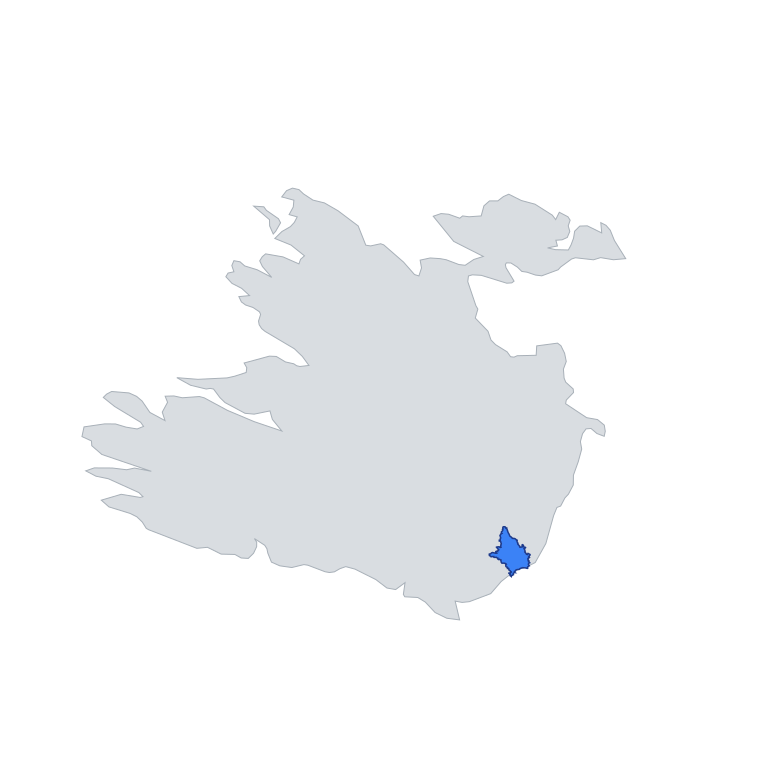 Arklow Lea-6, Wicklow, Ireland (highlighted), rotated 34°
{"feature_id": "5873133B66309830606527", "entity_name": "Arklow Lea-6", "entity_type": "district", "adm_level": 2, "iso_a3": "IRL", "parent_name": "Ireland", "parent_adm1": "Wicklow", "projection": "natural_earth1", "projection_center": [-6.256, 52.881], "detail": "fine", "context": "in_parent", "style": "filled", "palette": "blue", "viewbox_px": 768, "rotation_deg": 34, "n_neighbors": 0, "source": "geoboundaries", "source_scale": "gbopen_adm2", "svg_char_len": 9029}
<svg xmlns="http://www.w3.org/2000/svg" viewBox="0 0 768 768"><g transform="rotate(34 384 384)"><path d="M488.2,163.9L472.1,172.3L469.6,175.5L465.0,188.3L464.5,191.9L454.3,206.1L448.6,209.0L440.1,211.3L435.3,213.6L429.2,212.5L421.5,212.7L417.7,215.2L417.9,217.2L420.1,219.4L434.3,226.0L433.4,228.7L429.4,231.8L403.9,239.5L396.2,244.1L393.6,247.2L396.2,252.3L416.4,267.7L419.9,269.4L422.8,278.3L440.7,282.1L448.1,287.7L454.4,289.0L468.1,288.5L473.7,290.6L476.8,289.0L478.6,286.1L494.1,275.1L489.3,267.0L505.0,253.1L509.2,253.3L516.5,257.5L522.5,263.4L524.4,271.3L530.0,278.4L533.7,280.9L543.6,282.3L545.9,285.1L544.1,295.4L545.6,298.8L570.8,298.6L580.9,294.1L589.6,294.9L593.9,299.5L595.8,304.2L588.3,306.0L580.5,305.1L576.6,308.2L576.4,314.2L579.0,321.9L584.3,327.4L588.5,339.8L592.0,353.6L597.4,361.9L598.5,372.2L597.7,377.3L598.7,386.4L596.4,389.6L598.2,398.2L607.4,425.8L609.2,447.4L604.7,455.6L598.6,463.2L594.7,472.4L591.6,482.2L589.7,498.1L576.5,516.7L570.9,521.4L564.4,524.2L578.6,537.3L567.0,543.1L554.2,544.9L540.2,541.7L531.4,542.1L520.2,548.8L517.7,547.6L512.5,536.9L508.6,547.9L500.5,551.5L486.6,550.7L463.4,553.7L454.4,556.8L450.7,561.8L447.9,567.5L444.2,570.8L440.1,572.6L422.2,576.8L418.6,578.5L410.2,587.7L399.3,593.0L390.3,594.6L382.3,589.2L379.0,586.0L375.3,584.4L363.0,584.6L366.9,586.3L369.4,590.1L370.5,597.3L369.0,604.5L362.9,608.1L355.7,608.7L344.1,616.1L329.0,618.1L320.7,624.9L270.5,636.4L267.6,636.6L260.8,633.6L253.3,632.3L245.8,633.3L224.7,639.7L214.6,638.4L227.8,622.4L245.3,614.4L247.2,612.2L241.5,611.1L208.4,616.7L196.8,621.5L185.3,622.8L190.7,615.6L205.7,605.6L218.6,599.0L224.2,593.2L239.9,586.5L189.5,600.2L176.3,598.6L173.3,594.8L163.0,596.5L159.3,587.3L174.7,573.3L183.7,567.3L194.3,564.0L204.5,559.3L208.4,553.6L203.6,551.8L173.3,553.3L158.8,552.1L159.7,547.5L162.4,542.5L177.6,534.0L185.8,532.6L193.0,533.4L205.8,538.5L222.9,536.8L215.9,531.3L214.8,520.2L209.4,516.5L216.5,511.4L224.5,508.2L238.0,497.6L242.7,496.0L269.0,493.4L297.4,487.8L325.6,480.1L311.3,475.8L304.5,470.1L293.2,481.6L285.2,486.0L262.6,488.3L255.5,487.0L245.5,483.5L242.4,484.8L239.4,487.6L224.4,493.2L208.7,494.6L227.1,484.2L250.5,466.7L255.8,461.1L263.3,451.5L261.1,447.2L256.3,444.8L273.4,425.0L279.3,421.4L290.0,420.8L297.9,417.7L301.4,417.7L304.5,416.5L311.4,410.6L300.9,406.8L290.0,404.9L256.1,406.9L251.6,406.5L247.4,404.7L244.8,402.0L242.8,395.3L240.4,393.8L232.7,393.8L225.1,395.9L219.9,395.7L214.8,392.7L223.1,385.9L212.5,384.3L201.8,385.6L192.9,383.5L192.7,379.2L196.8,374.9L191.6,370.9L190.6,365.7L196.3,363.2L202.5,364.0L215.1,360.2L231.3,358.4L217.5,354.6L212.1,351.4L211.9,346.5L213.1,342.3L229.2,335.1L246.3,332.0L245.1,327.3L246.4,322.2L229.2,320.8L212.1,324.4L214.1,314.7L218.4,305.9L219.3,300.2L218.6,294.0L210.6,296.6L209.8,288.0L206.5,282.0L194.6,286.1L195.1,278.2L198.6,272.8L204.8,270.4L210.9,271.4L222.2,271.3L233.3,267.2L249.0,266.1L274.2,267.4L291.3,279.1L295.7,277.0L302.8,269.6L306.0,268.8L332.0,272.0L348.1,276.2L352.5,274.9L350.2,266.8L344.7,261.1L351.8,253.7L360.4,248.7L366.1,246.2L379.2,243.1L384.9,240.2L388.8,230.6L395.0,222.7L362.1,226.8L331.0,217.4L336.0,210.8L342.7,207.1L354.1,204.2L355.2,200.7L361.0,197.8L370.6,190.3L367.2,180.4L369.1,173.2L376.0,168.5L378.2,161.8L381.3,156.9L395.2,155.1L408.6,150.5L429.1,149.9L434.4,151.7L433.3,143.6L443.0,142.5L446.7,144.1L448.3,149.9L452.7,153.6L454.0,160.0L451.0,164.9L446.1,168.7L450.6,172.6L443.5,179.7L451.1,176.7L461.9,169.8L461.3,164.1L459.6,157.1L456.6,150.7L458.0,143.6L464.1,139.2L480.0,137.0L473.5,129.0L479.3,128.3L485.6,130.0L494.8,136.2L514.3,144.9L504.7,152.7L492.9,158.1L488.2,163.9ZM208.8,317.9L208.3,321.6L200.8,316.9L197.2,311.8L176.5,309.4L185.3,304.3L189.4,305.8L204.1,306.0L208.1,308.2L208.8,317.9Z" fill="#d9dde1" stroke="#a8b0b8" stroke-width="1"/><path d="M566.2,434.8L565.8,435.4L565.2,435.3L564.9,434.9L564.6,434.7L564.4,434.7L563.4,435.1L562.7,435.7L562.7,435.8L562.7,436.3L563.0,437.0L563.7,437.5L563.5,438.0L563.5,438.3L563.9,438.5L564.2,438.8L564.3,439.1L564.3,439.7L564.3,440.0L564.0,440.7L564.0,440.9L564.1,441.2L564.7,441.8L565.3,441.9L565.0,442.3L565.0,442.6L564.8,442.7L564.8,442.9L564.7,443.0L564.9,443.9L564.8,444.0L564.8,444.6L564.9,444.8L565.0,444.8L565.2,445.0L565.5,445.2L565.7,445.5L566.0,445.7L566.5,446.0L566.6,446.3L566.9,446.5L566.8,446.8L566.8,447.0L567.0,447.3L567.2,447.6L567.3,448.0L567.5,448.2L567.7,448.6L567.4,448.8L567.5,449.0L567.4,449.3L567.1,449.3L567.3,449.7L567.9,449.5L568.0,449.4L568.3,449.2L568.4,449.3L568.8,449.4L569.1,449.6L569.3,449.7L569.5,450.1L569.9,450.4L570.4,450.6L570.5,450.8L570.5,451.0L570.9,451.7L570.8,451.9L570.9,452.0L571.1,452.4L571.1,452.6L571.3,452.8L571.5,453.0L571.5,453.4L571.5,453.5L571.5,453.8L572.2,454.0L571.9,454.4L571.4,454.6L571.1,454.6L570.5,454.6L570.1,454.8L569.7,455.2L569.6,455.3L569.3,455.5L568.9,455.9L568.7,456.0L568.5,456.4L569.1,456.6L570.0,456.8L570.6,457.1L571.3,457.0L571.9,457.3L571.9,457.5L571.8,457.8L571.5,458.8L571.5,459.0L571.8,459.3L570.7,459.7L570.6,459.9L570.5,460.1L570.4,460.5L570.5,460.7L571.1,461.0L572.0,461.2L571.9,461.3L571.8,461.5L570.7,462.1L570.4,462.1L569.7,462.5L569.1,462.6L568.5,463.0L568.2,463.0L567.6,463.8L567.4,464.8L567.0,465.7L566.4,466.0L566.5,466.4L566.7,466.6L567.1,466.9L567.2,467.2L567.3,467.3L567.6,467.3L568.2,467.1L568.3,467.1L568.9,467.2L569.4,467.4L569.5,467.3L569.6,467.1L569.8,467.0L570.1,466.7L570.3,466.4L570.6,466.3L571.4,465.7L571.6,466.1L572.2,466.2L572.7,465.8L573.2,465.6L573.6,465.1L574.2,464.8L574.5,464.9L575.3,465.0L575.8,464.7L576.2,465.2L576.2,465.4L577.1,465.5L577.2,465.3L577.7,464.7L578.6,464.7L578.7,464.8L579.4,464.5L579.6,465.0L581.0,466.3L582.0,466.6L582.9,465.9L583.5,465.6L583.8,465.3L584.5,465.2L584.8,465.0L585.1,464.9L585.8,464.9L586.1,465.0L585.9,465.3L586.1,466.0L586.3,466.2L586.7,466.5L586.9,466.9L587.1,467.1L587.6,467.2L588.0,467.2L588.5,466.9L588.8,467.1L589.2,467.6L589.5,467.9L589.8,467.6L590.1,467.2L590.3,467.2L590.6,467.3L591.1,467.7L591.2,468.0L591.7,468.4L592.3,468.3L592.7,468.4L593.1,468.3L593.4,468.4L593.5,468.6L594.5,468.5L594.8,468.7L594.6,469.1L594.3,469.2L594.5,469.4L594.2,469.7L594.2,469.9L594.1,470.0L594.2,470.5L594.6,470.5L594.7,470.8L594.8,470.9L594.6,470.9L594.5,470.7L594.1,470.8L593.9,470.7L593.7,470.8L593.3,470.8L593.2,470.9L593.2,471.0L593.3,471.1L593.9,471.1L594.1,471.1L595.1,471.4L595.0,471.5L595.3,471.7L595.1,471.8L595.3,472.0L595.7,472.1L596.0,472.4L596.8,472.3L597.2,472.4L597.1,472.1L597.0,471.8L596.9,471.6L597.5,470.7L597.6,470.3L597.7,470.0L597.9,469.7L597.5,469.5L597.4,469.5L597.2,469.0L597.2,468.6L597.4,467.6L598.0,467.2L597.9,467.2L597.6,467.4L597.4,467.2L597.6,467.1L597.4,467.0L597.2,466.9L597.1,466.7L597.3,466.7L597.1,466.6L597.0,466.4L597.3,465.9L597.8,465.2L598.0,465.1L597.8,465.1L597.7,465.1L597.9,465.0L597.7,465.1L597.5,464.9L597.4,464.7L597.4,464.4L597.5,464.3L597.7,463.9L598.5,463.1L599.7,462.2L599.8,461.7L599.8,461.4L600.0,461.2L600.1,460.8L600.4,460.4L600.5,460.3L600.6,460.0L600.7,459.9L600.8,459.8L600.8,459.7L601.3,459.2L601.8,458.8L601.8,458.7L601.6,458.6L601.8,458.7L602.1,458.7L602.3,458.5L602.2,458.4L604.3,457.3L605.5,456.9L605.8,456.8L606.2,456.5L606.2,456.4L606.0,456.0L605.5,455.7L605.4,455.6L605.4,455.1L605.8,453.9L606.1,453.5L605.3,453.1L604.9,452.9L604.6,452.8L604.4,452.7L604.3,452.4L604.4,452.2L604.3,451.9L604.4,451.5L604.5,451.2L604.5,450.8L604.6,450.7L604.0,450.6L603.9,450.5L603.9,450.4L603.6,450.2L603.5,450.3L603.2,450.4L603.2,450.2L602.8,449.9L602.8,449.6L602.5,449.7L602.1,449.6L601.8,449.4L601.7,449.3L601.6,449.2L601.6,448.9L601.6,448.7L601.4,448.6L601.2,448.5L601.0,448.3L601.1,448.2L601.1,447.9L601.3,447.7L601.4,447.1L601.0,447.4L600.8,447.1L600.6,446.5L600.5,446.4L600.6,446.2L600.8,445.8L600.7,445.7L600.6,445.4L600.6,445.2L600.5,444.9L600.7,444.1L600.2,443.9L600.2,443.7L598.1,443.9L598.1,444.4L598.1,444.6L598.2,445.2L598.2,445.3L597.6,445.4L597.3,445.5L597.1,445.4L597.0,445.2L596.6,445.1L596.2,445.0L596.1,444.9L595.9,444.8L595.7,444.8L594.8,444.6L594.6,444.5L594.6,444.3L594.8,444.1L593.9,443.2L593.4,442.8L593.1,442.7L592.7,442.4L592.4,442.3L592.4,442.2L592.1,442.1L592.3,441.6L592.3,441.3L592.7,441.1L592.9,440.9L592.9,440.6L592.8,440.4L592.4,440.4L591.9,440.8L591.6,441.0L591.1,440.7L590.6,440.7L590.3,440.2L589.8,439.9L589.5,439.8L589.4,439.7L588.9,439.7L588.7,439.8L588.1,439.6L588.5,440.0L588.6,440.4L588.6,440.5L589.1,440.8L589.7,441.1L589.8,441.0L590.0,441.2L589.8,441.4L589.6,441.6L589.6,441.9L589.5,442.0L589.4,442.1L589.1,442.2L588.9,442.4L588.7,442.7L588.4,442.9L588.3,443.1L588.1,443.3L587.8,443.3L587.6,443.2L587.3,442.9L587.2,442.6L586.0,442.3L585.2,442.1L584.7,441.7L584.5,441.9L584.4,441.9L584.2,441.6L584.3,441.5L584.2,441.3L584.0,441.1L583.7,441.1L583.5,440.8L582.9,440.6L582.4,440.2L582.1,439.9L582.0,439.5L581.8,439.5L581.9,439.2L581.7,439.0L581.4,439.0L581.0,439.2L579.7,439.0L579.0,439.0L578.6,439.1L577.5,439.8L577.0,439.8L576.7,440.2L575.2,439.7L573.8,439.8L573.5,439.7L572.1,438.9L571.8,438.6L570.3,437.9L569.0,437.1L568.9,436.8L568.0,436.3L567.2,435.5L566.7,435.4L566.2,434.8Z" fill="#3b82f6" stroke="#1e3a8a" stroke-width="1.5"/></g></svg>